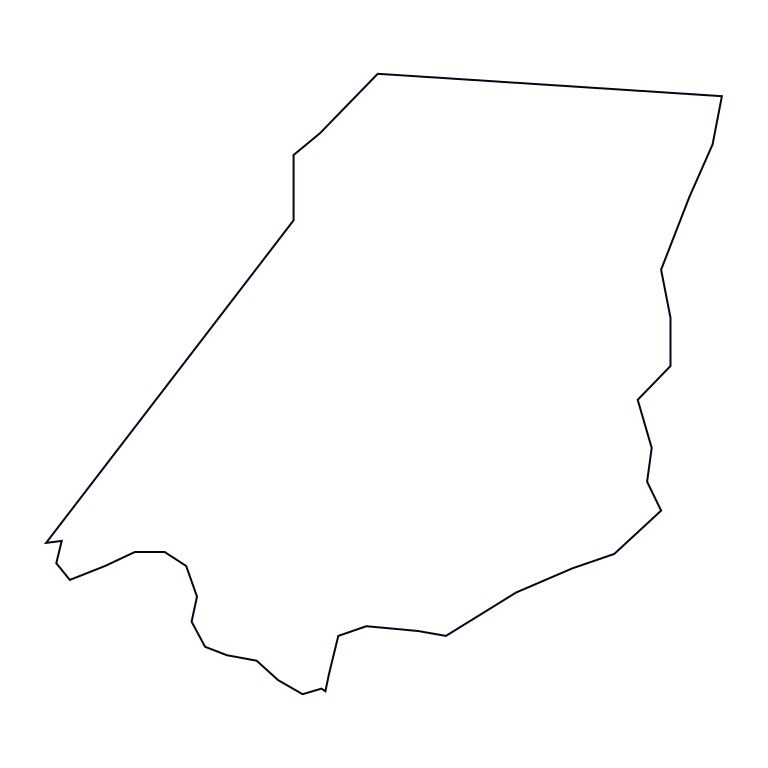 the district of Ti Boug, Soufrière, Saint Lucia
{"feature_id": "8701671B59760242426432", "entity_name": "Ti Boug", "entity_type": "district", "adm_level": 2, "iso_a3": "LCA", "parent_name": "Saint Lucia", "parent_adm1": "Soufrière", "projection": "orthographic", "projection_center": [-61.025, 13.837], "detail": "fine", "context": "isolated", "style": "outline", "palette": "ink", "viewbox_px": 768, "rotation_deg": 0, "n_neighbors": 0, "source": "geoboundaries", "source_scale": "gbopen_adm2", "svg_char_len": 636}
<svg xmlns="http://www.w3.org/2000/svg" viewBox="0 0 768 768"><path d="M46.1,542.9L61.7,540.9L56.3,563.2L69.8,579.9L105.0,566.0L134.8,552.0L164.6,552.0L186.2,566.0L197.0,596.6L191.6,621.7L205.1,646.8L226.8,655.2L256.6,660.7L278.2,680.2L302.6,694.2L321.5,688.6L325.4,691.3L328.9,674.4L338.3,635.9L366.3,626.2L417.8,631.0L445.9,635.9L516.1,592.5L572.2,568.4L614.3,553.9L648.5,522.3L661.1,510.6L647.1,481.7L651.7,447.9L637.7,399.8L670.5,366.0L670.5,317.8L661.1,269.7L689.2,197.4L712.6,144.4L721.0,100.8L721.9,96.2L377.7,73.8L320.0,133.2L293.6,155.0L293.6,220.3L108.7,461.3L46.1,542.9Z" fill="none" stroke="#020617" stroke-width="2"/></svg>